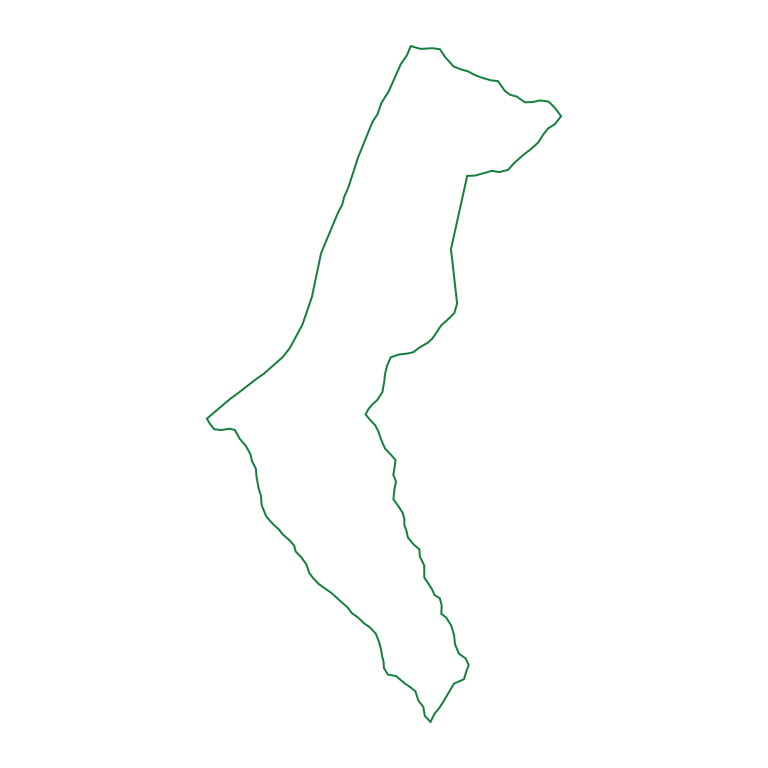 outline of Rubinéia, São Paulo, Brazil
{"feature_id": "56859067B49644953402614", "entity_name": "Rubinéia", "entity_type": "district", "adm_level": 2, "iso_a3": "BRA", "parent_name": "Brazil", "parent_adm1": "São Paulo", "projection": "orthographic", "projection_center": [-51.01, -20.263], "detail": "fine", "context": "isolated", "style": "outline", "palette": "green", "viewbox_px": 768, "rotation_deg": 0, "n_neighbors": 0, "source": "geoboundaries", "source_scale": "gbopen_adm2", "svg_char_len": 2172}
<svg xmlns="http://www.w3.org/2000/svg" viewBox="0 0 768 768"><path d="M468.7,665.0L465.7,658.5L458.9,653.7L455.0,644.2L454.0,634.8L451.2,625.5L446.1,617.4L441.3,613.9L441.7,605.3L439.8,598.3L434.5,595.0L432.2,589.6L428.9,584.5L424.3,577.5L424.2,565.5L419.8,556.4L419.4,549.4L413.8,544.6L407.9,537.5L406.4,530.7L404.3,525.0L404.4,519.1L402.6,512.7L398.1,505.8L393.4,499.4L394.3,489.9L396.0,481.5L393.3,474.8L394.6,467.3L395.5,460.0L391.6,455.5L385.1,448.6L382.4,442.7L380.3,437.3L378.3,431.2L375.1,425.2L369.7,419.5L365.6,414.5L368.3,409.2L372.4,404.4L377.4,399.9L382.4,392.1L384.4,380.4L385.0,374.0L387.1,365.5L390.8,357.3L398.8,354.5L407.7,353.5L413.2,352.2L419.6,347.5L427.8,342.7L432.3,338.6L436.4,332.7L441.2,325.3L447.4,319.9L454.4,313.0L457.1,303.5L452.0,258.1L450.9,249.6L467.2,175.9L474.9,175.6L483.6,173.2L491.9,170.8L499.3,172.1L508.2,169.8L513.9,163.3L522.7,155.4L531.0,149.0L538.2,142.5L543.3,134.5L548.0,128.5L554.8,124.2L561.1,116.2L554.5,107.4L548.6,101.6L540.3,100.4L532.9,102.0L524.8,102.3L516.8,96.6L509.8,94.7L504.9,90.9L501.4,86.1L498.1,81.2L490.5,80.2L481.5,77.6L475.0,75.1L467.8,71.3L461.1,69.4L453.6,66.5L445.4,57.4L439.9,49.2L432.3,48.2L420.7,48.9L410.7,46.1L407.0,55.2L400.8,64.1L388.6,91.5L381.3,103.2L377.4,114.5L372.6,121.6L358.1,157.3L348.4,187.3L344.2,196.8L342.1,205.0L338.2,212.2L321.1,253.1L311.9,296.9L302.4,324.7L289.9,347.9L282.8,357.0L264.1,373.5L256.5,378.8L236.0,394.7L231.3,398.0L222.4,405.4L206.9,418.6L210.3,424.4L214.3,429.3L221.7,430.0L229.5,428.7L234.9,430.0L239.5,438.5L245.9,446.0L250.3,454.0L252.0,461.0L255.9,468.9L256.5,476.7L258.6,488.4L261.0,496.0L261.6,505.1L266.3,516.6L273.1,524.2L279.0,529.5L282.5,534.2L288.9,539.7L294.2,545.6L295.6,551.4L301.3,557.3L306.3,564.3L309.3,573.1L313.1,578.1L318.8,584.1L324.3,588.0L331.5,593.0L340.9,601.6L347.5,607.3L351.7,613.0L358.1,617.6L364.0,623.3L370.0,627.5L375.9,633.8L379.3,642.9L381.0,649.3L382.1,656.2L383.6,661.8L383.9,668.0L387.8,674.5L396.1,676.1L405.0,683.6L410.3,687.2L415.4,691.3L418.3,700.5L423.3,707.0L424.8,716.0L430.5,721.9L434.5,713.8L439.3,708.0L443.4,701.5L454.0,683.6L464.0,679.2L466.0,672.3L468.7,665.0Z" fill="none" stroke="#15803d" stroke-width="2"/></svg>